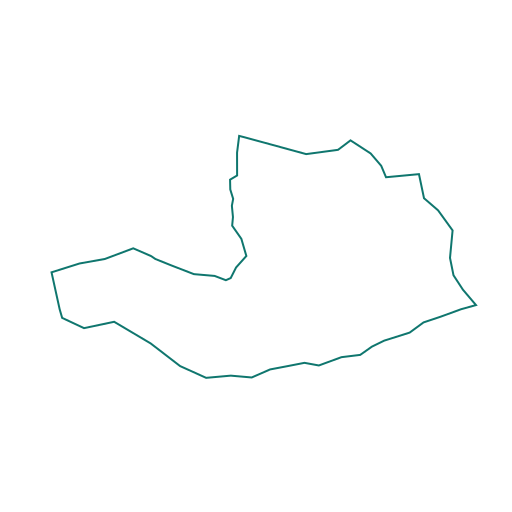 Dagana, Hadjer-Lamis, Chad (Robinson projection), rotated 347°
{"feature_id": "50815135B82618270305421", "entity_name": "Dagana", "entity_type": "district", "adm_level": 2, "iso_a3": "TCD", "parent_name": "Chad", "parent_adm1": "Hadjer-Lamis", "projection": "robinson", "projection_center": [15.574, 12.905], "detail": "fine", "context": "isolated", "style": "outline", "palette": "teal", "viewbox_px": 512, "rotation_deg": 347, "n_neighbors": 0, "source": "geoboundaries", "source_scale": "gbopen_adm2", "svg_char_len": 893}
<svg xmlns="http://www.w3.org/2000/svg" viewBox="0 0 512 512"><g transform="rotate(347 256 256)"><path d="M374.1,164.6L359.8,171.0L327.8,168.0L271.8,137.9L266.6,135.2L264.7,140.4L260.8,151.0L255.7,173.3L247.9,175.8L245.9,185.4L246.6,195.2L243.8,201.6L242.3,212.9L239.6,221.1L245.6,236.0L246.6,253.8L234.0,262.7L226.4,271.8L221.2,272.8L211.2,266.1L191.4,259.7L171.5,246.2L157.3,236.3L153.9,232.6L138.1,220.9L108.1,224.9L82.4,223.6L53.1,225.9L52.7,263.7L53.2,272.7L72.2,287.6L103.0,288.2L133.7,317.5L157.3,346.2L180.0,363.5L204.5,366.9L224.5,373.4L244.2,369.7L261.9,370.4L279.2,371.0L292.6,376.8L316.5,373.8L335.3,375.8L348.5,370.4L361.9,367.3L388.5,365.2L404.3,358.4L422.0,356.7L443.8,354.0L459.3,353.3L450.0,335.3L444.1,319.2L444.6,301.5L453.3,275.3L443.7,252.5L432.7,237.5L433.2,212.9L400.4,208.5L398.3,196.3L390.8,181.9L374.1,164.6Z" fill="none" stroke="#0f766e" stroke-width="2"/></g></svg>